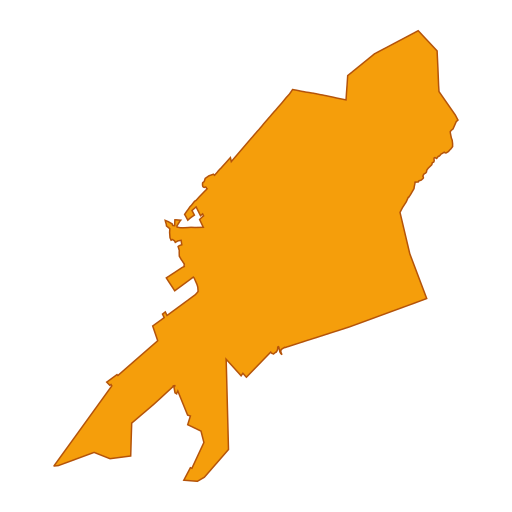 Vicente Guerrero, Durango, Mexico (Equal Earth projection)
{"feature_id": "50627088B72339914666987", "entity_name": "Vicente Guerrero", "entity_type": "district", "adm_level": 2, "iso_a3": "MEX", "parent_name": "Mexico", "parent_adm1": "Durango", "projection": "equal_earth", "projection_center": [-103.968, 23.727], "detail": "fine", "context": "isolated", "style": "filled", "palette": "amber", "viewbox_px": 512, "rotation_deg": 0, "n_neighbors": 0, "source": "geoboundaries", "source_scale": "gbopen_adm2", "svg_char_len": 5112}
<svg xmlns="http://www.w3.org/2000/svg" viewBox="0 0 512 512"><path d="M426.7,298.5L409.8,253.8L400.0,212.4L402.5,207.6L406.2,201.9L406.4,201.5L408.2,197.4L408.3,197.3L408.4,197.2L408.7,197.3L409.0,196.9L409.6,195.9L409.8,195.7L410.7,194.3L413.9,188.8L414.0,188.6L414.3,186.4L414.4,186.1L415.1,182.5L415.0,182.4L415.1,182.1L416.3,182.1L417.7,182.0L418.4,181.9L419.0,180.7L420.9,180.3L421.9,179.5L422.9,178.6L423.4,177.9L423.3,176.9L422.8,176.2L423.3,175.1L424.1,173.9L425.7,173.0L426.5,171.9L426.6,170.9L427.0,169.8L428.3,168.1L430.8,165.7L431.8,164.7L432.3,162.7L433.7,162.1L434.2,160.8L434.0,159.2L434.1,158.0L434.7,157.6L435.3,157.7L436.5,158.5L436.8,158.3L438.4,156.2L439.1,156.2L439.9,155.5L441.1,154.0L442.5,153.3L444.2,152.2L445.1,152.9L446.2,152.9L448.5,151.5L449.7,150.0L450.8,149.0L452.6,146.6L452.6,143.7L452.2,140.2L451.4,138.1L450.8,135.3L450.4,133.2L450.2,131.7L451.4,130.2L453.0,129.0L454.5,125.6L456.2,121.7L457.9,120.1L457.7,120.0L457.5,119.2L455.3,115.0L439.0,91.6L438.6,85.4L438.1,72.9L437.9,68.0L437.1,50.9L418.2,30.7L374.5,53.8L363.7,62.6L347.7,75.6L347.1,84.7L346.5,92.7L346.2,97.4L346.0,99.9L341.0,98.9L336.5,98.0L332.8,97.1L330.3,96.6L325.6,95.6L324.9,95.5L324.3,95.4L322.7,95.0L320.0,94.6L318.3,94.2L316.8,93.9L315.6,93.6L315.3,93.6L314.3,93.4L313.4,93.2L312.5,93.1L310.5,92.8L310.2,92.7L309.7,92.6L308.3,92.4L305.8,92.1L304.5,91.8L303.0,91.5L302.9,91.5L302.7,91.5L300.6,91.1L299.8,90.9L299.4,90.9L299.2,90.8L299.0,90.7L298.9,90.7L295.4,90.0L295.1,90.0L292.6,89.5L290.9,92.0L290.1,93.1L289.5,94.0L287.5,96.2L287.4,96.4L287.1,96.6L285.6,98.3L284.6,99.6L283.7,100.7L281.9,102.9L280.4,104.6L279.8,105.3L278.2,107.1L276.5,109.1L276.0,109.7L275.7,110.1L274.4,111.4L273.1,112.9L272.4,113.8L272.2,113.9L270.5,116.0L269.8,116.8L268.7,118.0L267.1,119.9L265.0,122.3L263.2,124.4L262.9,124.8L261.7,126.3L259.6,128.7L259.3,129.2L257.0,131.6L256.2,132.6L255.2,133.7L253.3,135.9L253.2,136.1L252.6,136.8L251.3,138.2L231.3,161.6L230.4,157.6L225.5,163.1L222.2,166.7L221.8,167.2L221.0,168.1L219.8,169.2L218.1,171.1L217.3,172.2L214.5,175.3L213.4,174.2L211.5,174.9L208.9,175.8L205.2,178.4L204.3,181.2L203.8,181.9L203.0,182.4L202.7,182.8L202.5,183.2L202.6,183.8L202.6,184.0L202.5,184.4L202.5,184.6L202.5,185.2L202.6,185.4L202.8,186.4L202.9,186.6L203.3,186.9L203.8,187.3L204.2,187.4L204.3,187.4L204.5,187.4L205.1,187.1L205.4,187.0L205.7,187.1L206.1,187.3L206.3,187.5L206.4,188.0L206.6,188.3L206.7,188.5L206.9,188.7L207.1,188.8L206.9,189.1L204.5,191.4L202.0,194.0L199.3,196.8L197.0,199.4L196.4,200.0L196.1,200.4L194.6,201.2L191.5,205.2L190.0,206.7L188.1,209.5L187.4,210.4L187.0,210.9L184.6,214.4L185.6,216.1L186.2,217.2L187.8,220.2L189.8,218.4L191.9,216.8L194.4,215.1L192.0,210.5L196.1,206.9L198.3,211.3L200.5,215.7L202.6,213.9L203.6,215.9L202.3,216.9L199.6,219.5L203.3,227.3L195.1,227.5L191.0,227.3L187.0,227.6L183.0,227.8L179.9,227.7L178.7,227.4L177.1,227.1L176.9,225.9L178.6,223.3L179.8,221.3L180.7,220.2L178.2,220.0L175.9,219.8L174.9,219.8L174.6,225.7L172.7,225.5L172.2,223.9L168.2,221.6L165.2,220.4L165.7,222.5L166.2,223.9L166.5,226.0L169.8,228.7L169.7,230.9L169.6,232.5L170.0,237.7L171.1,240.2L172.3,239.5L174.5,240.8L175.3,242.4L177.9,240.9L181.1,240.3L181.8,244.8L180.8,245.1L180.6,245.1L179.5,245.6L179.1,245.8L178.1,246.5L179.3,250.5L179.2,252.1L179.3,256.2L180.0,257.4L181.3,259.7L182.1,260.7L182.9,262.0L183.8,263.3L184.3,263.9L184.3,264.4L184.1,264.9L184.1,265.8L184.3,266.5L182.3,267.4L166.3,277.9L168.8,281.8L172.7,287.7L174.7,290.8L193.3,277.1L194.2,278.1L197.0,284.5L197.8,287.2L198.1,291.5L196.6,293.3L195.3,294.7L173.7,310.6L167.0,315.5L165.3,311.9L162.5,314.1L164.2,317.6L152.7,326.0L157.7,340.7L157.1,341.3L154.1,343.9L130.0,364.9L117.9,375.5L117.0,374.6L106.7,382.1L109.8,385.3L111.0,384.5L111.8,385.9L76.7,434.5L54.1,465.7L54.2,466.0L58.3,465.6L94.1,452.4L110.0,458.7L130.7,456.0L131.2,438.7L131.7,423.1L154.1,404.0L156.5,401.8L162.6,396.2L172.9,386.7L173.0,386.2L173.3,385.8L174.8,385.6L174.9,385.9L173.9,386.8L175.0,392.8L176.6,393.8L176.7,393.3L177.3,392.1L177.8,391.0L187.6,415.1L190.4,416.0L187.7,424.7L201.0,431.1L203.9,442.5L191.9,468.3L190.4,467.7L183.8,480.2L197.4,481.3L204.4,477.2L212.5,467.9L223.9,454.8L226.5,451.8L227.2,451.0L228.5,449.5L226.5,371.9L226.2,360.9L226.1,359.2L227.3,360.5L234.2,368.1L236.5,370.7L238.8,373.2L241.1,375.8L242.9,373.3L245.2,375.9L246.4,377.2L247.2,376.4L252.2,371.2L261.9,361.2L264.6,358.4L270.7,352.1L271.4,353.0L272.0,353.4L272.7,353.6L273.5,354.0L276.1,351.9L276.3,352.0L276.5,351.6L276.9,351.1L277.2,350.4L277.5,349.5L277.7,348.6L277.7,348.2L277.7,347.8L277.7,347.5L277.8,347.1L277.9,346.9L278.0,346.8L278.3,346.6L278.5,346.7L278.7,347.0L278.9,347.3L278.9,347.5L278.9,347.8L279.0,348.1L279.1,348.7L279.2,349.0L279.3,349.4L279.3,349.6L279.4,350.0L279.5,350.2L279.6,350.8L279.7,351.2L279.8,351.6L279.9,352.0L280.0,352.2L280.3,352.4L280.5,352.8L280.6,353.3L282.0,354.7L281.2,353.0L280.7,351.0L280.7,350.1L281.3,349.9L281.5,349.3L284.0,347.7L284.0,347.8L285.3,347.5L287.6,346.7L288.1,346.6L294.9,344.4L307.5,340.3L309.5,339.7L330.7,332.9L349.7,326.8L402.9,307.3L418.2,301.7L426.7,298.5Z" fill="#f59e0b" stroke="#b45309" stroke-width="1.5"/></svg>